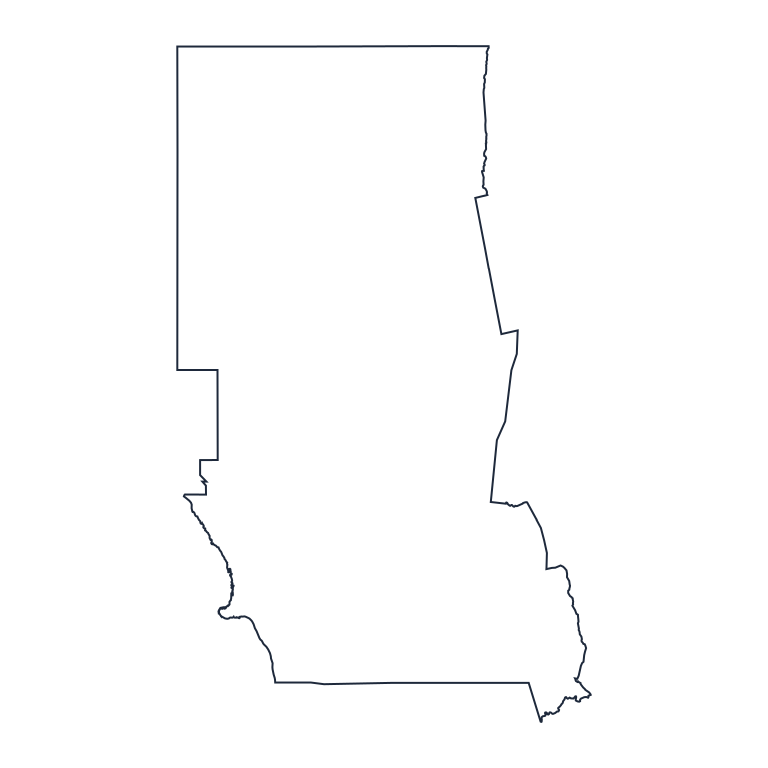 the district of Wakefield, South Australia, Australia
{"feature_id": "25037944B28741170589797", "entity_name": "Wakefield", "entity_type": "district", "adm_level": 2, "iso_a3": "AUS", "parent_name": "Australia", "parent_adm1": "South Australia", "projection": "equal_earth", "projection_center": [138.381, -34.007], "detail": "fine", "context": "isolated", "style": "outline", "palette": "slate", "viewbox_px": 768, "rotation_deg": 0, "n_neighbors": 0, "source": "geoboundaries", "source_scale": "gbopen_adm2", "svg_char_len": 6062}
<svg xmlns="http://www.w3.org/2000/svg" viewBox="0 0 768 768"><path d="M541.2,721.9L541.6,721.7L541.7,721.0L541.8,719.6L541.6,718.8L541.7,717.2L542.7,716.3L544.9,715.9L545.3,715.6L545.5,714.6L545.0,713.0L545.3,712.5L545.6,712.4L546.4,712.5L546.9,713.0L547.4,714.3L548.4,714.5L549.0,714.0L549.2,713.0L549.7,712.4L550.4,712.4L551.1,712.7L551.9,713.5L552.9,713.9L555.0,713.1L557.1,711.5L558.4,711.4L559.0,710.4L559.1,709.9L558.2,708.6L558.2,708.0L558.8,707.4L559.9,706.5L561.1,705.0L561.3,704.4L562.4,703.4L562.8,702.6L563.1,701.2L564.5,699.4L564.9,698.0L565.1,697.6L565.5,697.2L566.2,697.2L566.8,698.1L567.7,698.7L568.1,698.6L569.7,697.6L571.0,698.4L573.5,698.5L575.4,696.3L575.9,696.3L576.2,697.0L575.7,699.9L575.8,700.5L577.5,701.4L579.2,701.7L580.1,701.2L580.1,700.9L580.0,700.7L580.2,699.5L581.0,698.6L584.2,697.2L586.1,697.0L587.2,697.3L587.7,697.6L588.1,697.7L588.5,697.0L588.5,695.7L590.7,694.9L590.6,694.4L589.2,692.5L585.3,689.8L585.0,689.2L583.1,687.4L581.0,684.6L580.4,683.4L580.5,683.1L579.1,682.2L578.2,682.0L578.0,681.6L577.9,681.8L577.4,682.0L577.0,681.6L576.0,681.1L575.6,680.3L575.6,679.7L575.0,678.4L577.1,678.8L577.7,678.0L578.7,675.7L580.9,665.9L582.1,663.1L583.5,661.8L584.2,655.1L585.0,651.7L586.1,648.1L585.3,645.5L584.7,644.2L583.4,643.9L582.7,642.6L581.7,641.6L581.5,640.2L581.9,639.2L581.4,636.6L579.8,634.3L579.6,632.2L579.3,631.1L578.7,630.0L578.9,628.6L577.9,623.2L578.5,621.8L578.3,619.0L578.1,617.3L577.9,614.7L576.4,613.8L575.1,610.2L572.4,605.7L573.1,604.4L572.9,603.0L573.2,601.7L572.7,599.0L572.7,598.3L571.7,597.5L571.6,597.1L570.0,596.0L568.2,593.0L568.2,590.7L569.3,589.7L569.4,588.5L569.9,586.7L570.0,585.5L569.7,584.6L569.2,581.0L567.0,577.2L567.1,573.9L566.5,570.4L564.5,568.0L563.1,566.7L560.6,565.5L555.3,567.7L551.9,567.9L546.4,569.1L546.5,567.5L546.9,553.0L544.1,540.2L540.9,528.0L536.5,519.8L536.6,519.5L535.9,518.4L527.2,502.5L526.8,502.2L525.3,502.3L523.1,503.0L522.7,503.6L517.3,506.0L516.5,506.1L515.2,505.8L514.5,506.6L514.0,506.7L513.3,506.4L511.9,505.0L511.4,505.0L510.2,505.8L509.6,505.6L507.9,504.2L507.3,503.0L506.6,502.5L506.3,502.5L506.1,502.7L505.8,503.7L490.8,502.0L496.9,440.1L505.2,421.4L511.4,370.2L516.8,353.9L517.7,330.4L501.4,334.1L494.8,299.8L488.9,268.7L488.7,268.4L485.0,248.3L475.3,197.9L487.4,195.0L486.7,193.2L487.0,192.4L486.8,191.3L485.4,188.7L483.2,187.6L482.8,186.3L483.1,185.4L483.6,184.8L483.4,181.4L483.7,177.4L482.0,171.8L482.1,171.1L483.9,170.8L483.6,169.0L483.7,167.9L483.5,166.9L483.9,165.9L484.6,165.4L484.6,164.5L484.1,163.7L484.5,162.1L486.2,158.5L485.9,157.3L485.3,156.3L484.2,155.8L484.1,153.6L484.4,152.2L486.1,149.1L485.9,144.6L486.2,143.8L485.8,143.2L486.4,142.2L486.0,141.1L486.3,139.5L486.2,138.7L486.4,138.2L486.2,137.0L486.5,135.7L486.5,133.7L485.9,132.6L485.5,130.2L485.3,124.6L485.6,120.7L483.5,92.5L483.8,89.1L484.3,87.9L484.1,84.0L484.8,82.4L484.9,79.2L484.1,78.0L484.4,75.7L485.9,73.9L486.3,69.7L486.2,68.1L486.3,66.4L486.1,65.1L486.6,64.0L486.6,63.4L486.3,61.8L487.1,59.9L486.9,58.1L487.4,54.4L486.8,53.6L486.7,51.9L487.8,49.7L487.9,48.8L488.7,47.9L488.6,46.2L459.1,46.2L453.1,46.1L316.7,46.5L177.3,46.5L177.5,151.9L177.3,370.0L217.5,370.0L217.7,460.0L200.1,460.1L200.1,475.1L206.4,481.6L202.4,481.6L205.9,485.6L206.0,494.6L185.0,494.5L184.8,494.8L184.3,495.2L183.9,496.4L185.9,497.9L189.4,500.8L191.0,502.7L191.7,504.6L191.6,508.2L192.4,511.7L192.7,512.0L193.4,511.9L194.3,512.7L195.1,515.0L195.5,515.7L196.1,516.2L197.4,516.5L197.7,517.4L198.9,519.8L199.9,520.8L200.3,521.4L200.4,522.7L200.7,523.4L201.4,523.9L201.7,523.9L202.1,523.2L202.4,523.8L203.2,524.7L203.8,526.0L203.8,526.3L203.3,527.0L203.4,527.5L204.3,528.4L205.2,528.5L205.3,529.1L205.1,530.4L205.9,530.8L206.9,532.1L208.1,533.0L208.5,534.1L209.6,535.8L209.6,538.0L210.5,539.9L210.7,540.0L211.3,539.6L211.7,540.0L211.8,542.2L211.2,542.9L211.3,543.4L211.8,544.1L212.3,544.3L213.2,543.7L213.6,544.4L214.8,545.2L215.8,545.6L217.3,547.2L218.5,547.4L219.2,549.1L220.2,550.8L220.9,551.5L221.3,552.2L222.6,555.5L223.4,556.3L224.4,558.0L224.5,558.9L225.4,559.9L226.4,561.8L227.2,562.6L227.0,563.8L227.4,564.8L227.2,565.7L227.1,567.7L228.2,570.6L228.3,572.2L228.7,572.3L228.9,572.0L228.8,569.2L229.0,569.0L229.9,568.8L230.3,569.1L230.5,570.1L230.2,570.9L230.7,571.4L230.5,572.2L230.6,572.9L231.7,573.7L231.7,574.2L231.5,574.7L230.8,574.8L230.1,575.0L230.1,575.6L230.9,576.5L231.8,578.9L232.1,580.3L232.1,581.0L231.5,581.7L231.4,582.1L231.6,582.4L232.3,582.9L232.5,583.3L232.3,583.7L231.6,584.4L231.3,585.2L232.0,586.0L232.9,585.5L233.3,585.4L233.6,585.6L233.6,585.9L232.9,587.4L232.0,586.9L231.6,587.0L231.4,587.5L231.5,587.9L232.3,588.2L232.9,588.9L232.9,589.2L232.6,589.6L232.7,590.4L232.2,591.2L232.7,592.0L232.9,594.9L232.7,595.3L232.5,595.2L232.3,593.8L232.0,593.2L231.7,593.0L231.3,593.3L231.2,598.2L230.8,600.0L230.8,600.3L230.4,600.5L229.5,601.8L229.5,604.5L228.7,605.4L228.3,605.3L228.1,605.8L227.9,606.1L227.4,606.0L226.6,606.5L226.2,607.4L225.9,607.3L225.8,607.8L225.6,608.0L225.2,607.8L225.1,608.3L224.8,608.7L224.5,608.7L224.3,608.4L223.9,607.2L222.7,607.5L222.8,607.9L223.1,608.1L222.8,608.1L222.8,608.6L222.5,608.8L221.7,608.7L221.7,608.4L222.3,608.3L222.3,607.5L220.4,607.9L219.7,609.0L219.9,609.1L219.7,609.7L219.2,609.9L219.0,610.5L219.0,611.0L218.7,610.9L218.5,611.5L218.7,612.8L219.0,612.5L219.0,612.8L219.7,614.1L220.0,614.4L220.2,615.0L221.0,615.9L221.0,616.2L220.8,616.0L221.0,616.3L221.7,616.5L225.0,618.4L227.2,618.8L228.8,618.5L229.8,617.7L230.8,617.5L232.1,617.7L233.2,617.3L233.6,616.8L233.8,617.3L234.4,617.6L236.1,617.7L236.4,617.3L236.6,617.2L239.2,618.2L239.5,618.0L239.3,617.1L239.8,616.8L240.6,616.8L241.1,616.5L242.6,616.6L244.4,616.4L245.6,616.7L248.6,618.1L249.5,618.6L251.3,620.4L252.1,621.4L253.6,624.2L254.9,628.2L256.6,631.2L259.4,638.0L260.3,639.5L261.6,640.6L262.1,641.3L263.0,643.1L263.7,644.2L266.4,646.8L268.2,649.5L270.0,653.2L270.8,656.2L271.0,658.4L272.6,663.2L272.4,667.2L272.6,669.4L273.7,674.7L274.7,677.9L275.0,679.6L275.2,682.5L310.6,682.5L324.0,684.2L390.3,682.9L528.7,682.9L540.6,721.6L541.2,721.9Z" fill="none" stroke="#1e293b" stroke-width="2"/></svg>